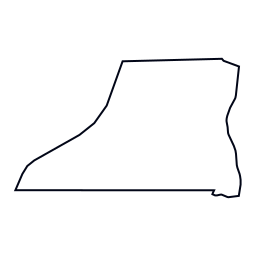 outline of Al Minya
{"feature_id": "EGY-1545", "entity_name": "Al Minya", "entity_type": "Governorate", "adm_level": 1, "iso_a3": "EGY", "parent_name": "Egypt", "parent_adm1": "", "projection": "natural_earth1", "projection_center": [30.491, 28.195], "detail": "fine", "context": "isolated", "style": "outline", "palette": "ink", "viewbox_px": 256, "rotation_deg": 0, "n_neighbors": 0, "source": "natural_earth", "source_scale": "10m", "svg_char_len": 653}
<svg xmlns="http://www.w3.org/2000/svg" viewBox="0 0 256 256"><path d="M15.4,190.2L22.4,173.9L27.3,166.0L34.3,160.4L79.5,134.9L94.3,123.1L106.7,105.6L122.6,61.3L221.9,58.8L223.6,60.8L239.0,66.5L235.9,95.3L235.4,97.8L234.8,99.1L230.1,107.8L227.3,115.7L226.7,118.3L226.5,120.5L226.6,121.7L227.6,127.1L228.0,132.2L228.2,133.5L228.7,134.9L233.9,146.0L235.5,150.7L236.0,153.9L236.8,165.1L237.4,167.7L239.6,174.0L240.1,176.3L240.6,179.9L240.6,182.7L240.6,184.6L238.8,195.9L228.4,197.2L227.4,197.0L221.6,194.6L221.0,194.6L220.1,194.7L217.0,195.4L215.1,195.4L212.4,194.2L212.9,192.8L214.1,190.3L15.4,190.2Z" fill="none" stroke="#020617" stroke-width="2"/></svg>